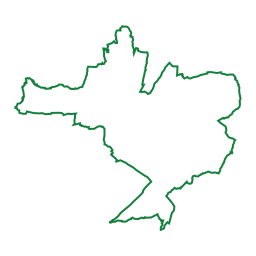 Tataru, Prahova, Romania (orthographic projection)
{"feature_id": "2599482B58674664864206", "entity_name": "Tataru", "entity_type": "district", "adm_level": 2, "iso_a3": "ROU", "parent_name": "Romania", "parent_adm1": "Prahova", "projection": "orthographic", "projection_center": [26.318, 45.099], "detail": "fine", "context": "isolated", "style": "outline", "palette": "green", "viewbox_px": 256, "rotation_deg": 0, "n_neighbors": 0, "source": "geoboundaries", "source_scale": "gbopen_adm2", "svg_char_len": 5738}
<svg xmlns="http://www.w3.org/2000/svg" viewBox="0 0 256 256"><path d="M169.1,223.4L171.9,212.8L173.3,211.4L174.0,210.0L174.4,206.6L172.9,204.1L170.4,200.8L166.3,196.1L167.6,194.5L168.3,192.7L170.7,192.0L171.8,190.1L172.7,189.8L174.6,187.8L176.2,188.9L177.5,188.4L179.1,188.4L180.4,187.6L180.6,188.2L186.8,181.7L187.5,183.2L190.3,183.8L191.5,183.1L192.0,182.5L192.2,180.8L192.6,179.8L192.1,178.3L192.6,177.6L192.7,176.4L193.6,176.0L194.7,175.6L195.9,176.3L198.1,176.4L199.7,175.1L201.3,174.5L201.3,174.2L201.9,174.2L202.7,173.3L203.4,173.5L208.4,171.6L210.9,172.6L212.9,172.8L215.1,172.4L218.6,173.4L218.7,172.6L219.4,172.1L220.2,170.6L220.3,168.7L222.1,166.1L222.9,163.9L223.9,162.7L224.6,160.1L225.8,157.6L227.4,155.4L229.9,153.9L230.5,153.2L230.5,152.7L230.9,153.0L232.2,153.1L232.0,151.7L231.6,151.0L231.6,150.3L232.3,148.3L232.8,147.5L232.9,145.2L233.9,143.2L234.5,140.9L235.2,140.1L233.1,138.6L230.4,138.0L228.7,137.1L228.0,136.3L225.5,132.4L226.3,130.7L226.4,130.0L225.7,126.7L224.5,125.6L220.5,122.9L218.2,120.8L223.0,117.9L223.4,118.4L224.0,118.1L224.3,118.5L226.9,117.3L227.6,117.6L228.2,117.4L229.9,115.4L231.9,114.1L233.0,111.7L236.2,109.2L237.9,108.7L238.1,108.2L239.4,107.0L239.8,105.7L239.9,103.9L239.9,102.8L239.6,102.1L239.8,101.5L239.7,100.5L240.6,98.7L240.0,96.4L240.1,95.8L239.7,95.0L239.1,90.5L239.4,87.5L238.4,85.8L238.8,84.8L238.2,84.4L238.1,83.7L237.4,82.5L237.3,81.1L235.2,79.4L235.1,78.6L235.6,78.4L235.3,77.1L234.8,76.7L233.6,75.0L233.3,74.6L230.8,74.5L226.7,74.9L224.3,74.0L221.8,73.7L221.2,73.1L221.0,72.3L217.0,73.0L210.2,72.0L207.2,72.4L207.3,73.5L200.4,75.1L198.1,76.3L192.8,77.4L190.5,78.5L188.6,78.2L187.3,77.0L184.5,78.5L183.3,77.6L183.0,76.5L182.1,75.8L182.2,75.4L182.7,74.9L182.3,74.0L181.3,74.3L180.2,74.1L179.5,74.7L178.1,75.0L177.1,75.5L177.5,66.4L172.6,66.3L169.4,62.8L165.1,67.7L164.4,69.7L162.0,72.7L161.3,75.0L160.0,77.3L159.2,78.0L156.8,81.5L154.7,83.2L153.2,88.1L152.0,90.3L150.7,91.8L150.5,92.8L148.0,94.0L147.4,93.2L144.8,91.6L141.6,92.0L140.1,91.8L143.9,84.7L142.3,84.7L143.5,77.8L144.2,75.4L144.9,71.2L145.9,70.2L145.3,68.9L145.8,66.0L147.0,62.5L146.6,62.0L147.1,58.1L147.8,55.6L147.6,53.1L147.3,52.4L144.1,52.4L141.2,52.0L138.6,51.0L137.8,50.3L138.1,49.4L137.9,48.6L136.3,48.1L135.9,48.2L133.9,53.6L133.6,51.9L133.9,50.6L133.9,49.5L132.5,45.2L132.8,44.3L132.4,41.4L132.9,40.6L133.1,39.3L132.3,37.5L132.5,37.0L130.8,36.7L130.9,36.2L130.3,35.7L131.0,35.0L131.2,32.4L129.9,30.7L128.8,28.2L127.5,27.0L126.3,26.5L123.6,26.7L122.4,26.2L121.4,27.5L120.3,28.2L120.2,28.9L120.6,30.1L120.5,30.5L118.2,30.3L116.7,30.7L115.8,33.2L115.5,34.9L115.6,35.8L116.2,36.5L116.0,39.5L116.6,40.0L117.1,43.0L116.9,43.2L114.7,42.6L114.0,41.3L112.0,43.0L108.6,44.4L107.5,44.6L107.4,45.0L107.9,45.3L108.0,46.8L107.4,47.8L107.3,48.4L107.9,49.6L108.3,49.8L108.3,52.2L107.1,52.0L107.4,50.1L107.0,49.6L106.4,49.7L105.8,49.3L105.7,49.9L105.4,50.0L105.2,49.9L105.3,48.9L105.1,48.6L103.3,48.5L103.9,50.6L103.7,51.4L104.2,52.4L104.2,53.1L103.9,53.4L104.2,54.6L103.9,55.9L104.8,58.2L104.8,59.1L105.9,61.2L104.8,62.1L104.1,63.8L102.0,64.2L102.0,63.2L100.8,64.1L98.1,64.3L97.2,66.3L96.1,67.0L88.1,66.7L87.2,69.2L87.5,71.0L86.9,72.7L86.9,75.1L86.3,75.6L85.4,79.2L84.1,81.9L84.3,82.5L82.6,85.7L82.4,86.9L80.2,87.2L77.8,88.5L76.4,88.9L75.2,88.3L74.0,89.2L71.9,88.8L70.9,89.0L67.5,86.6L66.6,86.3L65.2,86.7L64.0,86.4L63.3,85.9L62.6,84.8L59.3,84.5L57.4,85.8L54.9,86.7L51.8,87.1L51.4,87.3L51.2,88.0L50.6,88.0L50.7,88.3L50.4,88.5L45.5,88.8L45.2,88.0L44.7,88.3L43.1,87.5L41.7,87.8L39.1,86.7L38.7,86.1L37.4,86.2L37.0,85.7L36.9,84.3L36.6,84.3L35.9,85.3L35.6,85.2L34.5,84.3L34.5,83.9L34.0,83.8L33.7,83.3L34.3,82.9L33.4,82.1L33.8,81.6L33.4,80.7L33.1,80.8L32.8,81.8L32.1,80.9L32.1,79.9L31.2,79.6L30.5,78.8L29.3,78.2L28.5,78.6L27.7,78.0L25.8,78.6L26.4,80.9L26.0,81.6L26.5,82.2L26.4,83.3L26.1,83.4L25.3,82.7L24.8,82.8L24.5,83.1L24.6,85.1L23.7,85.5L23.3,86.7L22.5,86.7L22.2,87.2L23.3,91.2L24.0,96.5L23.6,96.9L23.4,98.0L22.9,97.1L22.4,97.5L22.4,101.3L21.7,101.6L20.4,103.2L17.6,103.8L16.6,106.4L15.5,106.8L15.4,107.2L15.4,108.0L16.3,107.8L16.4,108.2L16.8,108.2L17.4,109.5L18.3,110.3L19.1,110.3L19.4,112.9L24.0,113.9L26.0,113.6L26.9,111.5L33.9,113.1L39.8,113.4L41.9,113.1L45.6,114.2L51.2,113.8L51.6,112.9L60.1,112.8L62.2,113.3L63.3,114.2L63.6,115.1L68.4,113.6L69.8,114.1L75.8,113.6L75.1,114.7L74.9,115.9L75.1,117.2L74.4,120.5L74.7,123.4L73.7,124.8L79.9,123.3L79.8,124.2L80.0,125.0L81.1,125.0L81.4,125.9L82.8,125.9L84.0,126.6L85.8,126.6L87.6,127.2L88.7,127.1L88.4,128.0L89.5,129.2L90.7,128.8L94.1,128.9L97.5,126.7L100.6,126.1L102.0,127.0L102.8,126.7L104.5,128.9L104.5,135.6L103.7,139.8L104.7,142.5L104.5,144.4L106.0,144.8L108.1,146.6L109.6,146.6L110.6,147.3L112.5,150.1L111.3,151.2L112.5,152.3L112.8,153.0L112.4,153.6L111.4,154.1L111.1,154.6L116.3,159.2L117.1,160.4L116.1,161.4L116.2,161.6L120.5,160.3L126.2,163.0L127.5,164.2L133.4,167.6L136.5,170.2L144.6,175.6L147.7,177.3L151.2,181.7L146.9,185.9L144.6,188.5L143.1,190.7L142.9,192.2L141.0,194.5L132.0,203.0L130.9,204.4L121.8,211.9L120.3,213.4L118.3,216.0L115.1,218.8L113.9,219.6L112.6,220.0L110.5,222.0L109.1,222.2L110.8,222.7L111.6,222.0L115.6,221.6L117.8,220.4L119.8,220.9L121.5,220.8L121.5,221.3L122.4,221.7L123.4,221.4L124.1,221.7L126.4,221.5L128.5,219.8L130.3,219.2L131.0,219.3L131.2,219.0L131.1,218.4L131.3,218.2L132.6,217.6L134.0,218.6L135.6,219.0L138.9,218.9L139.3,218.5L141.8,217.6L143.0,218.2L144.1,218.2L144.4,218.1L144.3,217.6L145.0,217.2L146.2,217.7L151.1,217.5L157.5,214.2L158.3,216.6L159.3,218.0L159.3,218.7L162.1,220.6L162.2,221.4L162.5,221.5L162.8,220.5L163.2,220.5L162.6,221.9L161.7,221.7L162.1,222.3L161.7,223.3L162.5,224.1L162.0,225.8L161.2,226.5L160.7,228.1L160.8,229.8L163.9,228.5L164.8,225.2L167.3,222.2L169.1,223.4Z" fill="none" stroke="#15803d" stroke-width="2"/></svg>